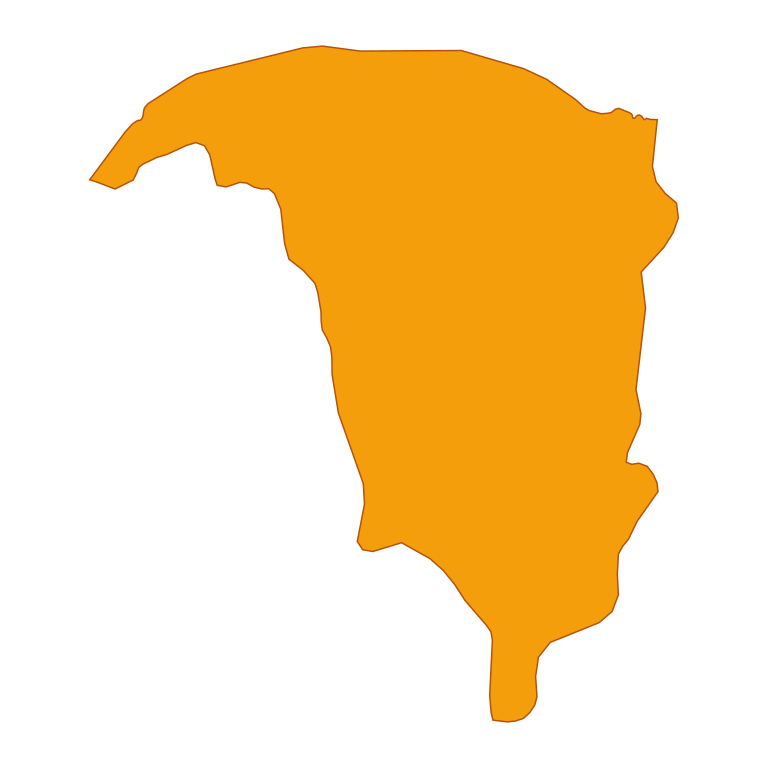 map outline of Yobe (Natural Earth projection)
{"feature_id": "NGA-2873", "entity_name": "Yobe", "entity_type": "State", "adm_level": 1, "iso_a3": "NGA", "parent_name": "Nigeria", "parent_adm1": "", "projection": "natural_earth1", "projection_center": [11.324, 11.986], "detail": "fine", "context": "isolated", "style": "filled", "palette": "amber", "viewbox_px": 768, "rotation_deg": 0, "n_neighbors": 0, "source": "natural_earth", "source_scale": "10m", "svg_char_len": 1739}
<svg xmlns="http://www.w3.org/2000/svg" viewBox="0 0 768 768"><path d="M322.7,46.1L360.3,51.1L461.1,50.5L523.7,68.7L546.6,79.3L575.5,99.5L585.0,108.1L589.1,110.5L601.3,113.8L608.1,113.2L611.1,112.6L615.4,109.2L618.9,108.4L629.3,112.6L631.7,114.1L632.5,115.7L632.5,117.0L632.9,117.9L634.6,118.3L635.3,117.7L636.2,116.5L637.5,115.3L639.5,115.0L641.6,116.3L643.1,118.4L644.6,119.7L646.6,118.3L650.0,119.4L657.3,119.7L657.2,120.2L652.4,166.5L656.1,181.8L665.3,193.6L676.5,203.1L678.3,218.0L673.1,232.7L664.0,247.2L641.2,272.0L645.5,308.2L636.0,389.6L640.9,413.8L639.8,424.4L627.4,452.8L626.3,462.3L631.8,464.3L638.7,463.2L647.2,466.3L653.2,474.3L657.0,482.8L658.0,491.6L637.0,521.5L628.5,539.2L622.8,546.1L618.4,554.0L617.3,574.5L618.4,594.8L612.1,611.4L599.2,622.6L550.2,642.4L538.4,657.2L535.6,676.6L537.0,696.8L534.7,705.2L529.8,712.5L523.5,718.4L515.4,721.0L507.6,721.9L493.0,720.2L491.2,713.1L489.7,695.7L492.4,640.2L491.0,631.9L486.6,625.5L464.9,600.3L454.8,584.6L443.3,570.5L430.1,558.7L401.6,542.7L372.8,551.5L362.7,549.7L357.3,541.5L364.5,504.1L363.3,483.6L338.4,413.0L332.1,374.3L331.9,357.4L330.6,347.0L326.6,337.6L322.3,330.0L321.2,321.4L321.0,311.7L317.8,292.6L315.0,283.4L303.2,270.3L289.0,259.2L284.6,243.4L280.8,209.2L274.5,193.7L268.8,188.7L261.7,189.0L254.1,187.1L246.6,183.0L239.8,182.4L226.1,186.9L217.2,185.3L215.2,179.2L209.8,155.0L204.5,145.6L195.8,142.6L186.5,145.4L167.0,154.4L156.9,157.4L142.6,164.3L138.8,167.4L136.3,173.9L133.2,180.0L115.1,189.0L95.4,181.5L89.7,179.8L125.4,131.7L132.3,124.1L136.3,121.2L138.5,120.3L139.6,120.5L140.4,120.3L142.1,118.3L143.0,115.9L143.8,110.0L144.7,107.5L148.4,103.4L187.7,78.2L196.4,74.0L297.1,49.3L302.7,47.9L322.7,46.1Z" fill="#f59e0b" stroke="#b45309" stroke-width="1.5"/></svg>